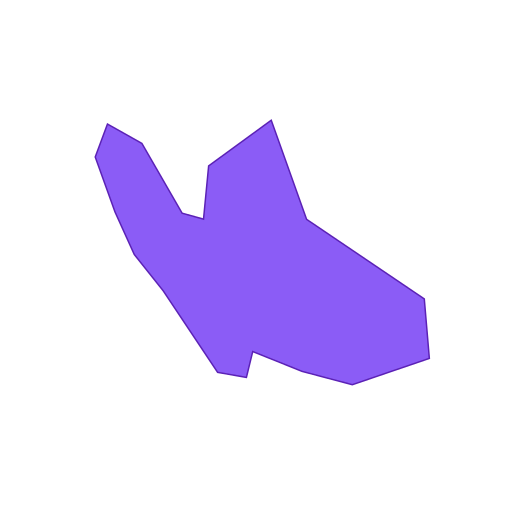 the state/province of Saint John, rotated 220°
{"feature_id": "VIR-4869", "entity_name": "Saint John", "entity_type": "state/province", "adm_level": 1, "iso_a3": "VIR", "parent_name": "United States Virgin Islands", "parent_adm1": "", "projection": "robinson", "projection_center": [-64.723, 18.338], "detail": "fine", "context": "isolated", "style": "filled", "palette": "violet", "viewbox_px": 512, "rotation_deg": 220, "n_neighbors": 0, "source": "natural_earth", "source_scale": "10m", "svg_char_len": 396}
<svg xmlns="http://www.w3.org/2000/svg" viewBox="0 0 512 512"><g transform="rotate(220 256 256)"><path d="M340.1,241.3L319.9,250.5L350.2,294.6L331.6,369.8L240.8,316.6L99.5,331.3L57.4,289.0L99.5,219.3L146.6,197.2L197.1,180.7L185.3,156.8L210.6,142.2L304.8,169.7L350.2,178.9L392.3,199.1L442.8,228.5L454.6,261.6L415.8,268.9L340.1,241.3Z" fill="#8b5cf6" stroke="#5b21b6" stroke-width="1.5"/></g></svg>